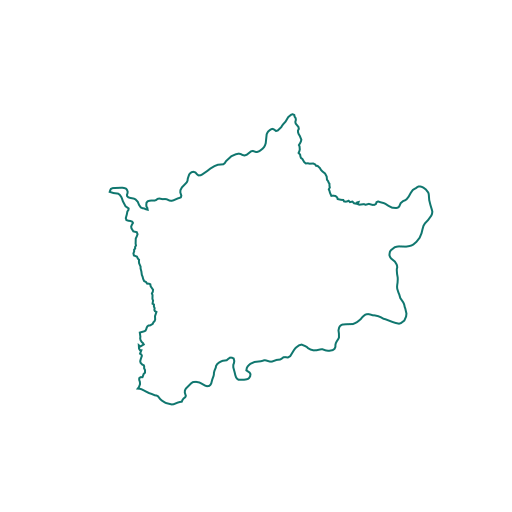 the district of Três Marias, Minas Gerais, Brazil, rotated 232°
{"feature_id": "56859067B13863340921701", "entity_name": "Três Marias", "entity_type": "district", "adm_level": 2, "iso_a3": "BRA", "parent_name": "Brazil", "parent_adm1": "Minas Gerais", "projection": "mercator", "projection_center": [-45.061, -18.299], "detail": "fine", "context": "isolated", "style": "outline", "palette": "teal", "viewbox_px": 512, "rotation_deg": 232, "n_neighbors": 0, "source": "geoboundaries", "source_scale": "gbopen_adm2", "svg_char_len": 6137}
<svg xmlns="http://www.w3.org/2000/svg" viewBox="0 0 512 512"><g transform="rotate(232 256 256)"><path d="M186.9,107.8L187.8,109.4L188.3,111.2L188.3,113.3L189.0,114.6L192.2,115.8L193.8,117.2L194.7,119.1L195.6,126.5L195.5,128.5L194.8,129.8L193.6,131.4L191.2,133.5L189.3,134.4L185.0,136.2L183.5,137.3L182.5,139.0L182.5,140.6L183.1,142.2L185.6,145.5L187.6,148.7L188.6,149.9L189.9,151.0L191.2,152.7L192.9,155.7L193.9,156.7L194.7,158.8L194.8,161.1L194.5,163.1L194.0,165.1L191.9,168.7L192.0,170.7L191.9,173.0L190.7,174.4L189.0,175.3L186.6,174.2L185.2,172.7L184.2,171.1L182.3,169.6L176.9,167.3L175.0,166.4L172.7,165.6L171.1,165.5L169.3,166.0L165.9,170.3L164.7,172.5L164.1,174.0L164.1,175.4L164.8,177.3L166.3,178.9L168.0,179.2L171.8,178.0L173.4,179.8L174.1,181.4L174.4,183.3L174.5,185.2L173.4,189.6L170.1,195.0L169.3,196.8L168.8,198.3L167.8,199.4L164.3,201.9L163.0,203.5L161.4,208.3L159.6,211.2L159.3,212.9L159.3,215.3L158.1,217.0L156.4,218.6L156.0,221.3L158.5,228.0L159.1,230.2L159.2,231.7L159.1,235.0L158.1,237.4L154.7,239.3L152.8,240.1L151.5,240.2L148.7,241.4L146.3,243.2L144.5,245.6L142.7,249.3L141.8,250.8L138.7,252.8L137.2,254.2L136.3,255.2L134.6,258.5L134.5,260.7L135.5,262.6L137.1,263.9L138.2,265.3L139.0,267.0L140.0,269.9L140.7,271.2L143.7,273.5L146.6,275.2L148.4,277.4L149.0,278.8L149.1,280.4L148.8,281.8L146.8,284.9L142.7,290.5L142.1,292.8L141.7,294.9L141.7,297.4L141.8,299.8L142.3,301.8L142.5,303.8L142.5,305.9L142.0,307.3L141.0,308.8L139.3,310.2L137.4,311.5L136.2,312.9L133.4,315.2L130.8,316.7L128.1,317.8L126.4,319.1L119.9,323.0L117.4,324.7L114.6,327.0L113.9,328.9L113.8,333.1L115.9,337.0L118.0,339.1L122.7,341.3L124.3,341.8L126.1,342.7L127.5,343.2L129.1,343.5L134.0,343.8L137.5,345.2L139.4,345.7L143.2,347.1L144.9,348.2L146.4,349.6L147.8,351.1L150.3,353.3L151.8,354.4L155.0,356.1L158.0,358.1L159.1,359.0L160.1,360.3L161.4,361.1L162.7,361.6L166.1,362.0L171.0,360.9L172.9,361.1L174.6,361.7L175.9,363.0L177.0,364.3L177.5,366.0L177.5,370.7L176.6,372.8L175.6,374.5L171.0,380.0L169.5,382.8L168.6,384.9L168.2,387.0L168.4,391.1L169.6,396.1L172.0,400.4L174.6,403.7L176.7,406.6L177.7,409.2L178.4,413.8L179.9,419.0L180.8,420.6L182.3,422.2L184.0,423.0L188.9,424.9L193.4,426.9L197.3,429.5L198.6,430.3L200.0,430.8L203.9,430.8L206.8,430.0L208.4,429.2L209.7,428.2L210.7,426.9L211.0,425.5L211.0,423.8L211.3,422.2L211.5,420.2L210.5,416.9L208.8,412.9L208.0,409.6L208.1,407.8L208.7,405.8L208.6,402.6L206.8,399.2L206.8,397.5L207.5,396.0L210.3,393.0L213.9,391.3L217.4,390.1L219.1,389.2L221.7,387.2L223.8,385.8L224.2,384.1L223.2,382.6L223.4,380.8L224.5,379.3L227.6,377.0L228.9,373.9L230.4,373.0L232.8,369.0L234.3,368.1L235.4,370.0L236.0,368.6L235.7,367.0L237.2,365.7L239.5,365.5L240.6,363.2L242.5,363.0L243.0,361.2L243.7,360.0L244.8,359.0L246.4,359.3L247.8,357.7L250.6,355.4L252.1,356.0L254.3,355.6L256.1,353.9L257.0,352.4L260.2,353.2L262.1,354.0L263.7,354.4L264.6,356.4L265.9,357.0L267.8,358.4L269.1,358.4L270.5,358.9L272.4,358.9L275.1,360.6L278.5,361.2L281.8,360.4L284.0,360.2L285.9,360.5L287.8,360.2L289.1,360.0L290.0,358.9L291.6,359.0L293.6,358.1L295.8,355.0L297.1,354.0L298.3,352.2L300.4,351.8L304.0,352.3L305.5,351.8L306.9,352.2L308.8,353.2L311.0,353.0L311.9,354.7L313.0,356.1L315.6,357.8L317.0,358.1L317.8,360.3L318.6,361.9L319.7,363.3L323.5,364.4L325.9,364.7L327.6,365.3L329.0,366.3L329.8,368.0L331.6,368.9L335.9,368.8L337.4,369.5L338.7,371.2L340.2,372.1L342.0,372.2L343.6,373.0L345.2,372.1L345.7,370.6L345.6,366.9L343.7,362.0L343.1,358.5L342.6,356.7L342.0,355.3L341.5,350.4L342.2,348.7L344.3,348.2L345.9,347.4L346.5,346.2L346.7,344.4L346.6,342.2L346.0,340.6L345.3,339.3L338.9,333.1L337.7,331.3L336.9,329.5L336.5,327.3L336.5,324.1L336.7,322.6L337.3,320.9L338.1,319.9L340.7,318.2L341.5,316.6L341.5,311.0L342.3,308.8L344.0,307.5L345.8,306.7L347.3,305.4L348.6,302.7L349.8,298.0L349.4,293.0L349.2,290.8L348.4,288.5L348.4,286.7L351.4,282.1L352.4,278.6L353.0,273.9L353.0,269.9L353.4,263.5L353.7,262.1L354.9,260.3L356.8,259.8L359.1,259.7L360.9,258.5L361.7,256.8L361.7,255.1L361.4,253.6L359.8,251.1L358.9,249.8L357.5,248.4L356.7,246.8L356.4,245.0L355.7,239.9L354.4,237.0L352.7,235.5L349.5,234.3L348.5,232.9L348.9,231.4L349.5,229.9L350.7,225.2L351.5,223.4L352.9,222.0L355.6,220.6L356.6,219.7L358.5,217.2L360.8,215.2L361.6,213.6L361.6,211.7L362.2,210.1L364.2,207.6L365.2,205.9L365.8,204.3L365.4,202.5L363.8,201.0L362.4,200.1L360.9,200.0L359.2,199.1L360.8,197.9L362.4,197.1L363.5,196.0L365.2,195.1L368.2,195.3L371.5,196.2L374.8,195.9L376.4,195.1L379.5,192.4L380.9,191.5L382.5,191.3L383.7,192.0L384.5,193.3L385.6,194.4L387.3,195.0L388.9,195.1L390.3,194.3L391.9,192.9L393.0,191.5L397.7,184.9L398.2,183.0L397.5,181.5L396.6,180.2L393.3,182.5L390.1,185.7L388.2,186.3L385.5,186.2L383.9,185.8L381.1,184.8L375.5,183.8L371.9,184.9L370.8,183.8L370.3,182.1L368.3,179.8L366.0,176.7L364.1,176.0L362.4,177.1L360.9,178.6L359.2,179.6L357.8,179.4L357.1,177.6L356.1,175.8L354.5,174.9L350.9,174.5L348.2,176.7L346.1,176.1L344.9,174.2L343.8,172.0L339.8,168.7L338.2,167.9L337.5,166.2L336.3,165.4L336.0,163.8L334.7,162.9L333.5,161.0L331.6,160.1L328.8,161.8L326.6,161.3L325.0,161.5L323.8,160.4L322.2,159.4L318.7,158.5L317.3,157.4L314.3,156.1L311.4,154.4L309.5,153.9L307.5,153.0L305.1,152.4L303.2,153.3L301.2,153.2L300.2,154.5L298.8,155.3L296.9,154.3L292.8,154.1L291.3,152.6L290.6,150.9L288.9,150.4L286.0,148.0L284.2,147.4L282.1,145.1L280.6,145.7L279.0,144.4L277.3,144.0L276.1,142.7L274.8,142.4L273.2,143.1L270.8,139.4L268.0,137.4L267.1,135.9L266.9,134.3L266.1,132.8L266.5,129.8L267.4,128.5L267.4,127.0L266.8,125.7L265.9,124.4L265.2,122.9L265.5,121.5L267.2,117.3L263.6,115.2L262.4,114.0L260.7,113.2L258.5,113.0L257.0,113.3L255.4,113.1L255.9,109.1L257.8,108.7L255.0,106.8L253.2,106.6L252.3,107.6L250.4,104.5L248.9,105.0L247.6,104.6L245.7,101.7L244.4,100.0L242.9,99.3L240.5,99.5L238.9,100.3L237.7,99.8L236.4,98.7L234.4,98.3L232.4,96.7L232.2,94.8L231.2,93.3L230.4,91.9L231.6,90.4L231.6,88.8L230.3,87.7L228.3,87.0L226.4,85.7L224.8,83.1L224.3,81.2L222.8,82.8L221.4,83.8L214.0,87.2L211.6,88.8L208.4,90.6L207.3,91.7L205.8,92.4L202.3,92.4L200.1,92.8L196.7,94.0L195.5,94.6L190.9,98.2L189.9,99.8L188.7,104.0L187.9,106.0L186.9,107.8Z" fill="none" stroke="#0f766e" stroke-width="2"/></g></svg>